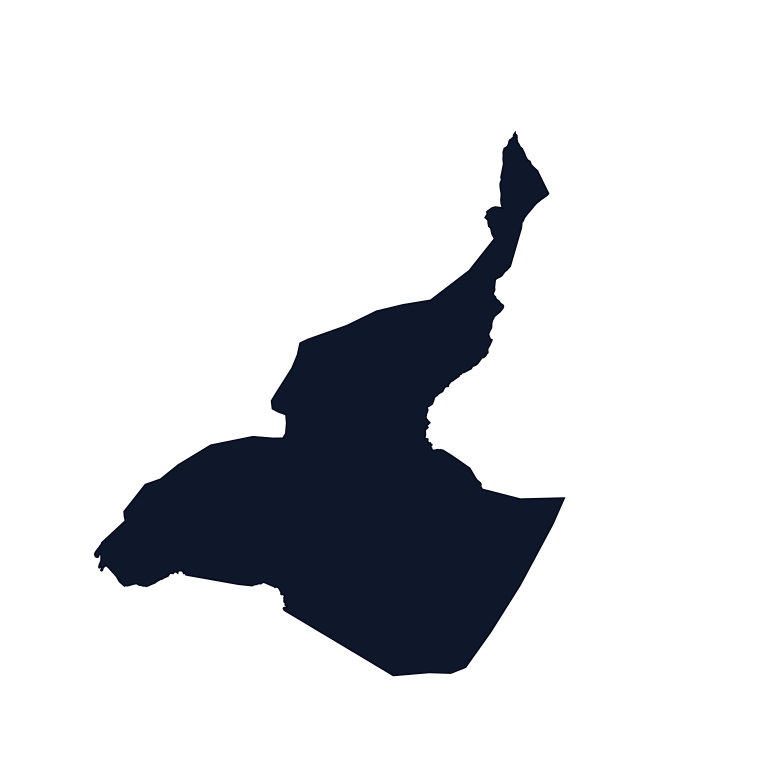 the district of South Dayi, Volta, Ghana, rotated 201°
{"feature_id": "2480657B27395942809935", "entity_name": "South Dayi", "entity_type": "district", "adm_level": 2, "iso_a3": "GHA", "parent_name": "Ghana", "parent_adm1": "Volta", "projection": "natural_earth1", "projection_center": [0.223, 6.546], "detail": "fine", "context": "isolated", "style": "filled", "palette": "ink", "viewbox_px": 768, "rotation_deg": 201, "n_neighbors": 0, "source": "geoboundaries", "source_scale": "gbopen_adm2", "svg_char_len": 6147}
<svg xmlns="http://www.w3.org/2000/svg" viewBox="0 0 768 768"><g transform="rotate(201 384 384)"><path d="M584.2,110.4L583.8,110.4L583.7,110.7L583.5,111.3L583.1,111.7L582.8,112.0L582.3,111.9L582.0,111.6L581.7,111.2L581.5,110.6L581.7,109.8L581.6,108.6L581.4,108.4L581.0,108.3L580.5,108.5L580.3,108.9L580.1,109.5L580.4,111.9L578.5,115.1L574.7,113.6L564.7,108.4L560.2,104.7L553.9,102.3L553.5,102.8L552.9,103.3L551.2,103.7L550.1,104.4L547.7,106.2L546.8,107.0L544.2,108.6L543.7,108.8L543.1,109.0L541.4,108.6L540.4,108.5L539.0,108.9L536.1,109.2L534.4,109.9L533.1,110.0L526.6,116.3L525.6,117.9L523.0,121.2L521.0,122.7L519.5,124.7L516.9,127.1L516.0,130.8L512.9,131.5L512.7,133.0L511.0,134.2L508.8,133.5L509.2,135.8L506.3,137.2L504.4,136.8L503.1,135.3L502.2,135.8L501.0,135.4L500.5,134.8L448.0,144.9L434.7,148.5L433.8,149.5L433.1,150.2L431.2,151.2L429.4,152.9L428.0,153.1L427.4,153.5L425.5,155.9L414.8,155.5L413.6,155.6L413.2,155.1L412.8,155.0L412.3,155.7L411.8,155.9L411.2,156.1L410.5,156.1L409.7,156.0L409.0,155.6L408.9,155.5L408.7,155.4L408.3,155.0L407.9,154.8L407.4,154.4L407.1,154.0L406.5,153.5L406.0,153.3L405.7,153.0L405.1,151.4L404.9,151.3L404.7,150.8L404.1,150.7L403.6,151.1L402.8,151.2L402.0,151.1L401.1,150.7L400.7,149.6L400.8,148.9L400.8,148.3L400.3,147.7L399.8,146.8L399.9,146.5L399.8,146.1L399.3,145.0L399.0,144.6L398.4,144.4L398.2,145.7L397.8,145.6L397.6,145.1L397.2,143.3L397.2,142.4L396.4,141.9L395.1,142.1L394.7,141.7L394.8,140.9L395.2,140.3L395.8,140.1L396.2,139.7L396.9,139.6L397.4,139.2L397.5,138.6L397.4,138.2L396.1,137.0L270.8,115.2L238.4,130.9L218.0,138.0L206.3,148.8L195.6,190.5L184.8,245.2L176.2,313.5L174.8,342.2L215.5,325.4L254.5,320.9L256.3,322.4L257.3,323.4L257.4,325.1L258.7,326.2L261.9,327.3L263.4,328.0L265.2,329.3L273.7,336.1L294.9,341.3L305.2,343.3L305.8,343.1L307.5,343.0L308.8,342.1L309.4,342.0L310.0,342.2L311.8,341.1L312.3,340.6L312.9,340.4L314.0,339.6L314.9,339.8L315.5,339.7L316.1,340.2L316.5,341.2L316.6,341.4L317.3,341.5L317.7,341.7L317.9,342.0L318.0,342.5L317.9,343.0L317.5,344.0L317.5,344.4L317.6,344.6L317.9,344.7L318.5,344.3L318.8,344.3L319.0,344.5L319.4,345.5L319.6,345.6L319.9,345.5L320.3,345.0L320.7,344.9L321.8,345.6L322.5,345.8L322.8,345.9L323.1,347.8L323.4,348.3L323.8,348.3L324.3,348.2L325.5,348.0L326.5,348.0L327.2,351.9L327.5,352.4L328.3,354.2L328.9,355.8L328.8,356.7L328.6,357.1L328.4,357.4L327.8,357.8L327.4,359.2L327.8,359.6L329.0,359.8L329.1,360.3L329.0,360.6L327.3,364.3L329.7,365.4L331.0,366.3L332.2,366.7L332.6,367.5L333.0,368.0L333.7,371.9L333.6,372.7L333.6,374.2L333.8,375.4L334.1,376.1L335.1,376.8L335.3,377.1L335.2,378.1L333.9,379.6L332.0,382.2L331.7,383.0L331.8,387.4L332.1,388.4L332.0,388.8L331.8,390.1L331.5,390.8L331.2,391.4L330.8,391.8L330.4,392.1L330.2,392.3L329.8,394.2L329.6,394.5L329.0,395.0L328.6,395.8L328.0,396.2L327.5,397.0L326.9,397.6L326.6,398.1L326.3,401.0L325.9,403.0L325.4,403.6L324.8,404.1L323.6,404.5L323.2,404.8L323.1,405.2L323.5,406.1L323.6,406.5L323.5,407.1L323.0,408.1L322.9,409.0L322.8,409.4L322.6,409.8L320.4,412.4L319.8,413.8L316.8,418.0L316.7,419.1L316.5,419.6L316.4,420.4L315.5,420.9L315.3,422.0L314.7,422.6L314.2,423.1L313.5,423.4L313.2,423.7L308.0,429.7L307.9,431.4L307.6,432.2L307.0,432.9L305.3,434.3L304.7,435.1L304.0,436.4L303.8,436.8L302.4,442.1L302.5,442.9L302.2,443.3L301.9,443.6L301.0,444.1L300.4,444.5L300.2,444.9L299.0,447.5L299.0,448.9L298.3,450.1L298.2,450.5L299.6,453.3L299.7,454.6L299.6,455.8L299.2,458.0L298.9,463.8L300.9,464.1L302.4,465.6L303.2,466.6L303.9,467.3L304.3,468.7L304.3,469.4L304.2,471.7L303.9,473.4L303.8,475.1L305.3,479.7L305.5,482.1L305.4,483.4L305.0,486.9L301.4,493.2L300.2,497.1L300.1,498.9L300.5,499.7L301.2,500.3L302.0,500.5L303.9,501.0L304.5,501.2L306.0,502.4L306.8,502.7L308.7,503.2L309.7,503.6L310.3,504.0L311.1,505.2L311.8,505.5L312.9,505.9L313.5,506.3L314.1,506.9L314.3,507.3L314.5,508.2L314.3,511.4L315.1,513.0L315.4,513.3L317.4,520.9L317.0,522.3L315.9,523.7L314.2,525.4L312.8,527.3L312.2,529.6L311.5,532.2L310.2,534.3L308.3,539.2L311.7,579.1L313.2,584.3L312.9,584.8L312.7,585.3L312.5,587.2L312.5,589.4L311.2,593.9L310.7,595.4L309.3,599.2L308.7,601.0L307.8,603.9L307.6,604.6L307.3,605.0L307.0,606.1L306.7,606.5L306.7,606.9L303.2,613.0L301.8,614.9L301.3,615.8L299.6,618.2L298.9,619.7L298.6,620.8L316.0,636.9L316.6,637.7L317.9,638.4L319.0,638.7L323.2,640.5L324.8,641.3L325.4,641.7L326.0,642.4L327.0,643.6L327.5,644.1L328.7,644.4L329.3,644.3L330.9,645.1L333.3,647.1L335.5,649.6L336.8,650.9L337.0,651.0L339.3,653.2L340.1,653.6L340.7,653.7L341.2,653.7L341.6,654.0L342.4,654.6L344.3,656.4L346.1,657.6L346.3,658.0L346.6,658.8L347.7,660.1L348.2,661.9L349.0,663.6L349.4,663.9L349.9,664.1L350.9,664.5L351.3,664.9L351.7,665.7L351.8,665.3L352.2,662.8L352.1,662.3L351.6,661.5L351.6,661.0L351.9,660.4L352.5,659.3L352.5,658.9L352.7,658.5L353.7,657.4L354.0,656.8L354.2,655.5L354.2,655.0L353.8,653.9L353.7,653.1L354.0,650.2L354.1,649.7L356.2,646.9L355.9,645.2L356.0,644.7L355.9,643.5L355.6,642.5L354.6,640.4L354.0,638.6L353.7,637.3L353.4,636.7L353.0,635.8L352.4,634.7L351.2,632.2L348.9,618.9L347.7,617.3L347.5,616.6L347.4,615.9L347.5,613.7L347.4,612.9L347.1,611.9L346.8,611.0L344.4,606.5L343.3,604.8L342.8,603.8L342.1,602.1L341.2,598.9L340.9,597.9L339.6,595.1L338.7,593.7L337.2,591.8L337.1,591.3L336.7,590.8L338.5,590.4L343.3,589.2L344.6,588.4L346.5,586.8L349.7,581.8L348.5,579.3L349.3,575.6L346.8,574.7L345.6,574.0L345.3,573.6L344.2,571.1L342.6,568.6L340.4,568.1L337.7,563.9L337.0,562.9L336.2,562.0L333.8,560.1L332.9,559.2L345.1,520.3L370.5,478.9L394.7,464.7L417.1,449.3L439.7,425.1L471.1,398.3L477.0,392.1L475.2,380.2L475.6,365.7L481.5,336.4L483.0,327.9L479.3,320.9L472.5,320.1L464.6,320.3L460.8,312.4L458.0,302.6L458.9,297.2L468.1,293.5L487.6,287.8L523.8,264.8L547.0,234.9L558.6,215.0L570.8,204.6L581.0,171.8L578.8,167.2L576.4,163.6L590.6,134.7L590.5,133.5L590.4,133.2L590.4,132.7L590.8,131.9L591.2,130.9L591.4,129.3L592.1,127.5L592.9,124.5L593.1,123.1L593.2,122.2L593.1,121.3L592.0,119.9L591.4,119.5L589.8,119.3L589.2,119.7L588.8,120.2L588.7,121.3L588.9,122.6L588.6,123.4L587.6,123.5L587.1,123.3L586.6,122.2L584.9,117.7L584.9,116.2L585.0,113.3L584.6,110.8L584.2,110.4Z" fill="#0f172a" stroke="#020617" stroke-width="1.5"/></g></svg>